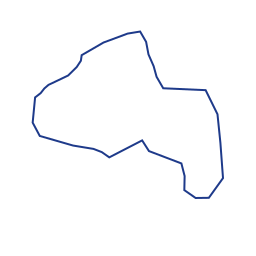 SVG path tracing the border of Oyam, rotated 73°
{"feature_id": "UGA-3103", "entity_name": "Oyam", "entity_type": "County", "adm_level": 1, "iso_a3": "UGA", "parent_name": "Uganda", "parent_adm1": "", "projection": "mercator", "projection_center": [32.488, 2.331], "detail": "fine", "context": "isolated", "style": "outline", "palette": "blue", "viewbox_px": 256, "rotation_deg": 73, "n_neighbors": 0, "source": "natural_earth", "source_scale": "10m", "svg_char_len": 553}
<svg xmlns="http://www.w3.org/2000/svg" viewBox="0 0 256 256"><g transform="rotate(73 128 128)"><path d="M218.4,71.1L214.7,83.8L203.9,92.3L190.5,87.9L177.5,87.3L156.2,114.7L144.0,118.1L150.6,154.5L143.4,160.1L137.9,167.1L134.2,174.6L128.7,185.7L109.8,214.7L95.0,217.6L71.6,207.9L69.1,201.3L65.7,196.4L63.5,191.4L60.3,169.9L54.7,159.2L49.9,153.4L44.8,151.0L39.1,126.4L37.6,100.8L39.3,88.2L50.9,85.5L63.6,86.9L76.4,85.4L87.4,85.7L100.3,82.7L114.5,42.7L141.0,38.4L169.3,44.0L203.7,51.8L218.4,71.1Z" fill="none" stroke="#1e3a8a" stroke-width="2"/></g></svg>